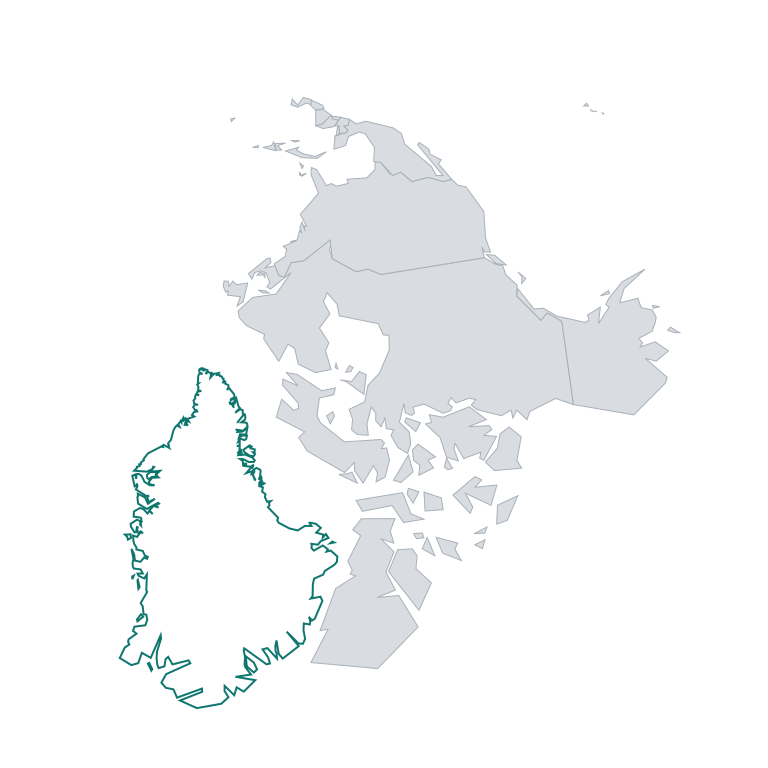 North America, with Greenland highlighted, rotated 172°
{"feature_id": "GRL", "entity_name": "Greenland", "entity_type": "country or territory", "adm_level": 0, "iso_a3": "GRL", "parent_name": "North America", "parent_adm1": "", "projection": "mercator", "projection_center": [-41.68, 71.708], "detail": "fine", "context": "in_parent", "style": "outline", "palette": "teal", "viewbox_px": 768, "rotation_deg": 172, "n_neighbors": 17, "source": "natural_earth", "source_scale": "50m", "svg_char_len": 14391}
<svg xmlns="http://www.w3.org/2000/svg" viewBox="0 0 768 768"><g transform="rotate(172 384 384)"><path d="M267.1,495.1L256.7,487.0L249.9,484.5L248.3,475.5L238.4,463.2L240.3,452.6L219.8,425.3L212.4,431.8L199.2,421.4L199.2,337.2L216.0,345.8L243.6,336.5L247.3,328.7L256.2,339.7L261.1,332.3L261.7,340.5L272.2,336.3L295.5,345.7L300.5,350.9L295.3,355.9L302.0,358.1L315.3,355.2L319.3,361.1L323.4,356.1L319.5,351.8L322.0,348.3L329.5,346.8L347.1,358.5L358.3,357.1L357.9,350.9L361.2,349.1L367.0,352.6L367.0,361.9L374.1,344.0L365.7,333.1L366.0,320.6L370.4,312.0L379.1,319.2L384.2,332.0L380.9,337.3L387.9,339.5L387.8,350.2L392.8,342.0L397.3,348.7L396.2,356.2L399.8,362.8L406.4,347.0L406.7,335.4L417.5,337.8L422.5,343.1L420.0,353.6L422.1,363.7L405.7,368.9L399.9,385.1L387.3,395.1L374.0,416.9L372.4,431.5L377.9,432.7L381.3,444.6L418.8,457.7L419.4,469.6L427.6,482.3L432.5,474.1L427.9,460.8L440.2,448.4L432.9,432.5L437.3,424.9L434.4,405.8L450.3,404.8L466.2,415.7L467.4,431.4L473.5,436.8L485.0,421.2L496.9,445.5L495.4,449.7L512.1,461.0L518.0,469.7L518.3,476.6L502.0,488.0L478.2,488.1L460.6,507.3L483.2,493.8L486.5,496.6L483.0,500.4L485.4,510.5L490.2,513.2L496.4,512.4L500.2,506.3L502.9,512.2L482.0,524.7L479.2,524.3L479.1,519.9L485.6,515.5L475.4,516.4L473.0,506.0L467.6,503.9L459.1,517.1L446.5,517.1L418.2,534.2L415.6,532.7L419.3,524.6L417.8,515.3L396.0,499.1L383.8,500.0L371.9,492.9L267.1,495.1ZM412.4,404.7L415.1,400.9L420.3,401.0L415.8,407.0L412.4,404.7ZM428.1,301.1L424.2,289.6L441.3,300.8L433.3,300.2L428.1,301.1ZM428.6,411.2L427.6,405.2L430.1,407.0L428.6,411.2ZM376.4,271.8L374.4,277.3L364.4,272.5L371.8,261.9L376.4,271.8ZM375.5,231.7L366.8,231.1L365.8,226.2L373.4,226.4L375.5,231.7ZM357.6,206.9L369.1,215.5L362.6,225.9L357.6,206.9ZM427.9,272.6L380.8,273.8L375.3,251.5L363.3,244.6L383.9,244.1L392.9,262.5L423.1,260.9L427.9,272.6ZM304.9,222.3L315.6,223.3L301.9,228.0L304.9,222.3ZM309.5,207.3L316.4,212.1L305.6,215.7L309.5,207.3ZM518.6,481.6L514.1,490.5L526.5,493.7L525.4,497.9L528.0,496.9L529.6,503.4L528.0,508.2L523.9,507.4L523.7,502.2L519.3,507.0L516.1,502.8L504.9,503.0L512.0,485.2L518.6,481.6ZM405.3,376.5L421.5,392.0L426.9,394.2L415.7,391.0L406.6,399.8L400.3,395.7L405.3,376.5ZM424.5,310.3L435.4,301.8L469.3,328.3L476.0,342.8L469.2,347.7L495.2,366.1L487.5,383.2L477.0,370.5L472.1,371.7L471.7,377.0L484.6,397.0L483.4,402.9L469.3,394.0L479.1,408.9L468.9,405.7L446.6,386.0L432.7,386.9L435.2,380.4L449.9,379.1L454.8,362.0L452.3,354.3L431.2,332.2L394.8,329.5L391.7,325.6L395.6,320.3L390.3,320.3L389.1,308.2L395.9,291.6L405.5,288.1L402.8,296.6L405.7,304.5L418.6,288.8L425.1,302.2L424.5,310.3ZM367.4,293.0L380.9,284.1L388.0,287.4L369.7,310.3L367.4,293.0ZM267.0,254.7L281.0,231.8L291.9,229.5L288.5,248.2L267.0,254.7ZM228.9,468.8L233.7,464.3L232.6,471.4L235.9,476.4L228.9,468.8ZM332.0,198.4L349.4,208.3L353.7,224.9L333.1,216.2L336.8,210.7L332.0,198.4ZM264.6,497.9L256.5,496.1L246.4,484.9L256.2,487.7L264.6,497.9ZM259.3,281.5L286.8,282.9L294.5,292.5L280.6,304.7L276.0,318.4L266.1,324.0L255.5,312.7L263.0,289.8L259.3,281.5ZM316.7,243.9L331.2,264.4L306.8,279.7L300.6,275.5L308.4,269.1L286.3,268.2L294.9,249.0L318.6,264.5L313.2,249.8L316.7,243.9ZM321.1,297.5L332.3,302.8L335.8,322.9L348.4,338.6L342.3,339.4L343.4,347.3L330.2,342.9L302.7,349.6L287.6,334.5L306.1,330.0L285.5,328.1L283.6,323.9L292.2,319.3L279.9,316.4L295.7,294.6L299.5,297.1L297.6,303.0L315.4,299.1L321.9,315.3L323.8,310.3L321.1,297.5ZM350.9,302.4L346.7,294.0L362.3,288.7L359.8,298.8L365.4,304.2L364.8,315.2L358.6,319.7L343.2,304.8L350.9,302.4ZM327.8,290.8L332.8,290.3L335.7,293.2L332.4,301.7L327.8,290.8ZM342.9,251.3L361.0,252.5L359.4,271.5L343.1,263.2L342.9,251.3ZM364.8,180.5L380.9,155.0L405.6,197.7L393.5,218.0L379.1,216.9L375.1,209.3L378.1,196.8L364.8,180.5ZM384.0,138.7L429.9,103.1L495.2,118.3L473.5,148.9L481.6,148.7L460.3,188.2L438.9,198.0L444.0,200.5L441.4,204.1L444.5,213.5L428.2,237.0L435.2,244.1L425.2,253.7L391.8,249.1L398.3,237.5L396.4,225.0L408.7,231.3L397.5,216.4L408.3,197.5L401.4,178.4L420.4,173.6L398.9,172.5L384.0,138.7ZM445.2,360.4L438.6,363.8L437.6,359.0L442.7,352.1L445.2,360.4ZM359.2,332.5L368.8,343.6L366.5,347.3L353.3,340.5L359.2,332.5ZM485.2,490.1L491.4,491.1L495.4,494.5L488.7,492.9L485.2,490.1ZM487.1,506.1L488.4,508.8L494.6,509.4L491.4,511.9L486.6,509.6L487.1,506.1Z" fill="#d9dde1" stroke="#a8b0b8" stroke-width="1"/><path d="M267.1,495.1L371.9,492.9L383.8,500.0L396.0,499.1L417.8,515.3L417.2,534.2L446.5,517.1L459.1,517.1L467.6,503.9L473.0,506.0L476.1,518.1L464.3,524.0L461.6,530.9L464.8,534.4L450.8,537.9L457.4,537.9L449.9,538.8L446.4,547.6L444.0,544.9L445.8,550.2L442.5,555.8L441.0,546.6L441.0,551.7L438.6,551.0L443.3,563.6L422.3,582.0L427.1,601.5L425.9,608.5L420.9,605.8L413.4,588.5L408.2,589.8L403.4,586.5L391.4,587.6L392.1,591.9L372.4,590.5L363.2,597.5L361.7,605.9L356.2,603.7L348.9,590.9L337.8,591.4L328.2,580.6L311.3,582.5L297.4,576.3L288.4,577.2L283.2,570.5L275.4,567.9L261.2,541.0L263.1,514.3L260.2,499.8L266.0,500.6L268.0,505.8L267.1,495.1ZM199.2,337.2L199.2,421.4L212.4,431.8L219.8,425.3L240.3,452.6L238.3,459.9L225.0,437.4L215.5,436.8L203.4,427.2L176.3,417.0L172.1,418.7L172.9,423.9L159.1,430.0L163.2,414.0L150.5,428.6L153.2,432.1L149.7,437.2L133.9,452.1L109.6,461.4L133.0,445.1L139.1,431.7L120.7,433.5L118.7,423.8L108.1,419.9L105.2,412.3L106.6,407.7L111.0,399.0L125.2,393.8L122.4,388.4L125.2,385.0L109.5,388.0L97.7,377.1L111.3,368.8L121.8,373.1L102.8,351.4L104.9,346.0L140.9,318.7L199.2,337.2ZM84.2,393.7L88.8,394.4L95.6,397.8L92.4,400.4L84.2,393.7ZM142.8,630.8L147.5,631.6L144.2,633.9L142.8,630.8ZM140.8,625.6L141.5,627.3L140.4,625.9L140.8,625.6ZM138.4,624.7L140.1,625.3L138.1,625.2L138.4,624.7ZM135.1,624.4L136.9,624.3L136.7,624.6L135.1,624.4ZM129.6,620.6L130.1,622.1L128.8,621.3L129.6,620.6ZM100.2,422.2L106.9,421.5L107.2,424.4L100.2,422.2ZM148.0,442.1L157.5,441.2L148.6,445.3L148.0,442.1Z" fill="#d9dde1" stroke="#a8b0b8" stroke-width="1"/><path d="M458.3,630.7L458.3,637.3L448.0,636.2L456.0,634.9L452.8,629.9L458.3,630.7Z" fill="#d9dde1" stroke="#a8b0b8" stroke-width="1"/><path d="M459.5,639.1L458.8,630.1L471.0,635.1L462.2,635.8L459.5,639.1Z" fill="#d9dde1" stroke="#a8b0b8" stroke-width="1"/><path d="M431.4,603.5L435.3,601.7L435.5,602.8L431.4,603.5ZM435.6,600.9L438.5,602.7L437.9,605.7L437.3,603.0L435.6,600.9ZM433.3,611.1L435.2,608.7L436.5,614.4L433.3,611.1Z" fill="#d9dde1" stroke="#a8b0b8" stroke-width="1"/><path d="M288.4,577.2L297.4,576.3L311.3,582.5L328.2,580.6L337.8,591.4L346.3,589.2L356.2,603.7L363.2,605.8L360.5,619.8L367.8,634.3L373.4,637.0L384.6,634.1L388.9,625.6L400.9,623.4L398.0,636.5L386.2,638.2L384.5,640.5L388.2,645.1L383.4,645.1L381.6,651.0L375.4,645.6L365.4,646.7L339.4,636.4L332.0,629.8L330.0,618.5L306.8,592.8L303.3,583.2L296.6,582.2L317.3,616.1L315.6,618.3L306.9,610.4L306.5,605.2L296.2,598.0L299.5,594.4L288.4,577.2Z" fill="#d9dde1" stroke="#a8b0b8" stroke-width="1"/><path d="M437.2,673.4L435.2,678.9L430.6,672.2L424.0,678.9L416.6,675.7L416.3,670.4L421.9,673.0L431.0,670.1L437.2,673.4Z" fill="#d9dde1" stroke="#a8b0b8" stroke-width="1"/><path d="M417.8,670.0L416.2,675.1L406.1,668.6L405.1,665.0L413.6,664.8L417.8,670.0Z" fill="#d9dde1" stroke="#a8b0b8" stroke-width="1"/><path d="M413.6,664.8L405.9,664.2L398.6,657.3L408.9,650.0L415.5,649.2L413.6,664.8Z" fill="#d9dde1" stroke="#a8b0b8" stroke-width="1"/><path d="M415.5,649.2L408.9,650.0L399.9,657.0L392.3,651.4L397.8,645.9L408.7,645.4L415.5,649.2Z" fill="#d9dde1" stroke="#a8b0b8" stroke-width="1"/><path d="M392.3,651.4L398.4,653.9L397.7,656.4L389.5,654.1L392.3,651.4Z" fill="#d9dde1" stroke="#a8b0b8" stroke-width="1"/><path d="M381.6,651.0L383.4,645.1L388.2,645.1L384.5,640.5L386.2,638.2L393.1,638.3L392.8,645.8L396.5,646.4L392.3,651.4L389.5,654.1L381.6,651.0Z" fill="#d9dde1" stroke="#a8b0b8" stroke-width="1"/><path d="M393.1,638.3L397.0,636.1L393.9,645.8L392.8,645.8L393.1,638.3Z" fill="#d9dde1" stroke="#a8b0b8" stroke-width="1"/><path d="M475.6,635.5L481.2,636.6L475.2,637.7L475.6,635.5Z" fill="#d9dde1" stroke="#a8b0b8" stroke-width="1"/><path d="M433.5,636.6L438.9,635.9L441.5,638.0L433.5,636.6Z" fill="#d9dde1" stroke="#a8b0b8" stroke-width="1"/><path d="M418.8,616.8L433.5,619.5L449.1,628.5L435.7,630.2L438.2,628.0L432.1,623.2L420.6,619.0L408.7,622.0L418.8,616.8Z" fill="#d9dde1" stroke="#a8b0b8" stroke-width="1"/><path d="M494.8,668.0L498.8,665.1L498.6,668.0L494.8,668.0Z" fill="#d9dde1" stroke="#a8b0b8" stroke-width="1"/><path d="M614.5,89.1L630.0,99.0L606.9,104.5L606.7,107.7L632.6,102.2L635.0,110.9L642.3,113.5L646.0,119.2L640.1,127.0L614.7,134.4L616.0,137.5L632.5,135.8L635.7,143.8L638.6,141.9L640.7,135.0L646.7,134.0L647.5,137.6L647.4,143.9L646.1,150.5L640.2,162.9L640.1,166.4L653.1,145.3L661.2,151.5L666.2,141.8L673.3,140.8L683.8,149.4L677.4,159.1L672.5,161.4L673.3,164.3L672.3,166.8L663.8,171.2L666.9,174.5L664.9,178.4L653.9,178.3L651.2,183.6L651.5,188.7L654.1,189.5L653.9,197.5L655.5,200.9L647.5,211.0L648.1,213.0L645.3,228.4L648.5,224.8L653.6,228.2L654.4,230.5L649.2,229.9L650.9,234.3L657.5,236.1L658.1,238.3L657.9,241.8L656.9,244.4L649.9,241.8L645.7,245.6L643.0,243.9L642.0,245.7L644.7,247.5L646.2,252.3L652.2,254.6L651.9,256.6L653.6,260.2L654.0,264.2L653.5,268.8L649.9,266.9L645.6,271.1L643.4,269.7L645.4,272.0L648.0,270.4L648.7,274.2L647.8,276.4L648.5,276.7L650.2,271.8L651.8,271.8L654.4,277.9L654.4,280.8L647.5,284.0L644.4,282.1L645.1,278.8L644.3,277.6L644.3,280.1L643.0,281.5L643.5,282.7L643.0,284.6L643.7,285.6L650.4,287.5L649.3,292.6L642.9,295.2L639.6,293.5L636.2,288.6L634.2,290.8L631.1,287.5L633.9,291.6L629.0,295.4L624.5,293.0L627.3,295.4L623.4,296.9L624.2,297.8L636.3,293.3L644.1,299.7L644.0,306.2L643.2,306.9L643.1,309.6L636.5,305.0L634.4,298.2L626.8,302.2L633.7,299.9L634.1,304.9L632.3,306.3L634.6,305.9L644.4,314.1L642.4,317.0L642.4,318.4L642.7,320.0L643.1,317.8L645.2,317.3L646.0,328.2L642.8,329.0L642.6,324.5L641.7,329.2L639.3,329.1L636.9,326.9L634.7,320.3L629.7,316.2L625.2,315.6L629.9,317.3L630.5,319.8L626.6,323.4L620.3,322.9L621.9,324.7L621.3,326.8L617.8,329.2L627.4,329.7L623.2,333.8L624.1,334.2L625.4,331.9L631.0,330.2L643.5,332.9L640.2,335.4L640.3,336.3L637.3,336.9L637.7,338.5L635.7,338.6L635.7,340.1L632.3,342.0L632.7,343.0L627.5,348.1L613.6,353.0L611.6,352.4L612.0,353.8L610.7,354.4L605.6,350.6L606.2,352.4L605.5,352.8L606.2,355.1L602.7,358.4L599.0,367.3L597.0,370.1L594.9,371.8L592.4,370.0L593.3,372.8L590.5,375.7L589.9,374.1L589.4,376.0L587.9,375.3L585.3,377.8L584.4,376.8L587.1,371.3L583.8,370.5L585.3,371.7L583.9,375.0L582.5,374.0L583.6,376.8L576.3,378.2L578.5,380.1L576.0,382.7L572.8,382.8L573.3,384.3L574.5,383.9L576.2,387.7L574.0,389.9L571.0,389.3L574.6,390.7L574.9,394.2L573.0,395.9L572.8,397.9L571.7,399.7L568.8,398.5L570.8,400.4L569.8,402.4L565.9,402.5L568.9,403.7L568.2,407.1L569.0,409.5L567.2,410.6L568.2,410.8L566.8,417.9L565.5,419.8L562.2,419.3L564.9,420.8L565.2,423.3L564.5,424.3L562.1,423.6L563.2,424.8L562.3,425.1L560.4,424.3L561.1,421.7L559.7,423.6L556.8,422.2L556.8,420.9L558.3,420.3L559.1,418.7L556.8,420.4L554.3,419.1L553.9,417.9L555.0,414.5L551.2,417.6L546.3,417.9L547.9,416.2L545.6,416.1L545.4,414.7L543.5,414.0L543.1,412.1L542.2,411.6L542.5,410.8L541.8,409.2L543.9,407.7L540.9,408.3L541.2,406.5L538.3,404.5L538.4,402.5L540.3,399.8L538.1,401.7L534.0,394.9L533.7,391.8L538.5,390.0L537.7,390.0L537.9,389.1L533.7,391.0L533.1,390.1L534.9,387.0L537.0,386.0L538.2,385.9L539.5,388.0L539.1,385.7L537.6,385.2L535.9,381.4L536.8,384.9L535.0,386.4L535.3,385.0L534.8,385.3L532.3,390.0L531.1,381.8L530.0,380.2L535.4,376.2L530.0,379.0L527.6,377.8L527.9,374.3L526.8,373.7L534.9,365.9L528.2,372.3L526.0,372.7L525.9,370.3L526.7,368.1L530.6,365.9L525.7,364.9L525.0,363.4L525.3,360.7L530.1,357.3L537.2,359.6L535.1,358.0L535.9,356.9L530.7,356.6L525.5,359.4L527.7,352.9L533.5,354.4L535.1,351.1L531.3,352.7L526.9,352.0L528.1,348.8L529.8,347.8L533.4,349.6L535.3,348.9L536.5,346.9L534.8,347.5L535.5,343.4L538.4,343.0L535.5,342.6L536.5,337.7L538.2,336.3L537.6,334.8L538.3,333.8L531.1,333.4L524.5,329.4L522.6,326.3L523.9,324.9L529.0,325.7L533.8,329.2L537.0,329.7L534.6,327.5L534.8,324.6L532.9,322.7L535.7,322.9L528.3,320.8L527.9,319.2L532.9,314.9L526.6,316.1L527.8,313.4L527.0,313.6L525.3,307.5L525.9,306.6L524.8,307.2L526.6,312.4L524.5,315.2L524.7,317.5L522.0,318.6L518.6,316.4L518.3,314.8L519.6,309.7L521.4,306.7L518.6,308.9L518.4,307.4L519.7,306.7L518.6,305.5L521.1,304.0L521.8,300.3L518.3,298.5L519.7,294.4L516.7,291.4L517.7,288.7L516.2,283.7L512.5,283.8L514.4,282.5L514.4,279.6L516.1,278.2L507.5,266.3L508.7,264.0L507.7,261.3L497.7,254.1L489.8,251.0L482.0,254.5L475.6,253.5L477.1,256.9L476.6,257.0L471.0,255.1L466.6,250.3L471.8,246.2L465.1,243.3L465.9,240.7L462.4,243.4L460.4,239.3L468.5,237.2L471.7,234.1L478.2,235.8L478.0,233.9L478.7,231.7L476.6,228.8L467.1,232.6L462.6,228.2L464.3,226.0L460.0,226.5L454.2,219.7L455.5,214.3L458.5,211.7L468.5,207.2L470.8,203.7L480.3,201.0L482.3,195.7L484.2,183.9L486.5,181.7L476.5,182.2L475.2,177.8L485.2,161.2L488.2,159.8L490.7,163.9L490.0,159.2L490.9,156.2L496.7,158.0L498.0,151.5L497.6,142.6L500.5,138.0L504.8,139.0L514.8,152.3L504.9,136.3L522.5,126.2L525.8,131.4L526.2,145.0L528.1,139.3L528.6,134.8L527.9,132.6L528.2,127.0L536.2,138.7L541.2,138.1L536.8,129.4L535.8,123.1L539.4,122.8L559.2,141.7L560.0,139.9L559.6,133.0L561.1,125.7L560.7,122.8L556.1,114.8L571.8,114.7L552.7,108.6L565.7,98.9L572.1,104.1L575.6,96.7L583.8,107.2L584.6,102.2L581.6,95.5L589.6,90.0L614.5,89.1ZM527.2,331.8L531.9,336.2L532.4,338.4L525.5,342.0L523.9,340.5L525.8,339.9L525.2,339.0L521.1,337.2L521.6,334.6L523.3,334.7L521.4,332.6L523.2,330.6L527.2,331.8ZM631.4,323.8L631.5,326.8L628.5,329.1L621.7,328.7L623.2,323.9L627.0,324.3L630.0,322.4L631.4,323.8ZM558.7,133.6L551.7,126.3L549.4,119.1L553.0,116.4L558.5,122.6L559.2,124.8L558.7,133.6ZM661.4,185.2L656.7,189.8L654.9,187.0L661.2,183.3L661.4,185.2ZM659.2,265.5L659.6,268.5L661.5,270.9L655.9,270.4L656.0,266.8L659.2,265.5ZM657.0,255.9L655.1,249.8L655.2,245.5L656.5,246.4L657.0,255.9ZM520.8,301.3L518.7,304.1L516.3,302.2L520.0,300.7L520.8,301.3ZM656.7,140.0L655.3,140.5L653.2,133.8L654.3,132.5L656.7,140.0ZM535.7,338.9L534.9,338.9L534.5,335.7L537.0,335.7L535.7,338.9ZM655.5,223.7L655.0,224.3L654.3,216.9L655.7,215.4L655.5,223.7ZM459.3,233.8L457.1,235.2L455.4,234.0L459.3,233.8ZM526.7,321.1L524.9,321.9L524.7,321.4L526.1,319.4L526.7,321.1ZM660.2,228.4L658.4,229.1L660.4,225.7L660.2,228.4ZM553.7,416.6L553.0,418.8L551.5,417.8L553.7,416.6ZM533.3,324.5L531.6,324.3L531.5,324.0L532.1,323.1L533.3,324.5ZM588.3,377.2L587.4,378.4L587.3,376.9L588.3,377.2Z" fill="none" stroke="#0f766e" stroke-width="2"/></g></svg>